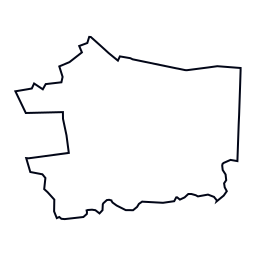 outline of New London, Connecticut, United States of America
{"feature_id": "52423323B44598433292078", "entity_name": "New London", "entity_type": "district", "adm_level": 2, "iso_a3": "USA", "parent_name": "United States of America", "parent_adm1": "Connecticut", "projection": "natural_earth1", "projection_center": [-72.11, 41.496], "detail": "fine", "context": "isolated", "style": "outline", "palette": "ink", "viewbox_px": 256, "rotation_deg": 0, "n_neighbors": 0, "source": "geoboundaries", "source_scale": "gbopen_adm2", "svg_char_len": 1314}
<svg xmlns="http://www.w3.org/2000/svg" viewBox="0 0 256 256"><path d="M240.1,85.9L240.6,70.2L240.6,68.0L217.3,66.2L208.6,67.4L186.9,70.2L185.1,70.1L178.4,68.7L176.2,68.3L132.6,59.3L130.4,58.2L119.9,56.4L117.9,60.6L108.8,53.2L100.0,45.2L90.8,37.0L89.2,36.9L87.3,43.0L79.2,46.0L81.9,52.4L69.5,62.1L59.3,66.4L62.6,76.9L61.4,82.3L45.7,84.1L42.8,89.3L34.1,83.5L31.8,88.5L27.9,89.2L15.4,91.3L25.8,113.0L62.9,112.1L63.0,118.8L66.5,135.4L68.8,152.9L28.6,158.3L26.2,158.1L30.3,172.0L42.4,174.3L45.4,178.0L44.2,189.1L47.6,192.2L54.3,199.6L54.1,211.4L56.8,218.1L59.3,217.0L61.4,218.8L64.7,219.1L83.4,217.0L86.8,214.0L87.0,212.2L86.6,210.4L87.6,210.1L87.8,210.0L92.0,209.7L95.4,210.2L99.5,213.4L102.5,210.2L102.8,204.3L103.3,203.3L106.8,200.1L109.1,199.8L111.3,200.4L111.3,200.5L112.5,202.5L116.6,205.5L125.7,210.1L133.1,210.2L136.0,207.8L137.1,206.9L138.9,203.9L142.2,201.6L142.9,201.7L163.0,202.8L174.2,201.2L176.2,197.4L176.8,197.3L177.1,197.3L179.9,199.6L184.6,197.4L188.3,194.0L191.4,194.0L195.7,195.2L196.1,195.4L197.9,196.4L208.0,194.6L214.0,196.9L216.9,200.5L216.6,201.4L223.7,195.6L226.8,191.2L224.7,187.3L224.1,183.3L226.2,180.2L225.8,176.5L225.6,174.5L222.7,170.0L222.2,165.6L222.5,164.0L223.5,163.0L230.5,159.9L237.4,161.1L238.7,123.9L239.1,115.2L240.1,85.9Z" fill="none" stroke="#020617" stroke-width="2"/></svg>